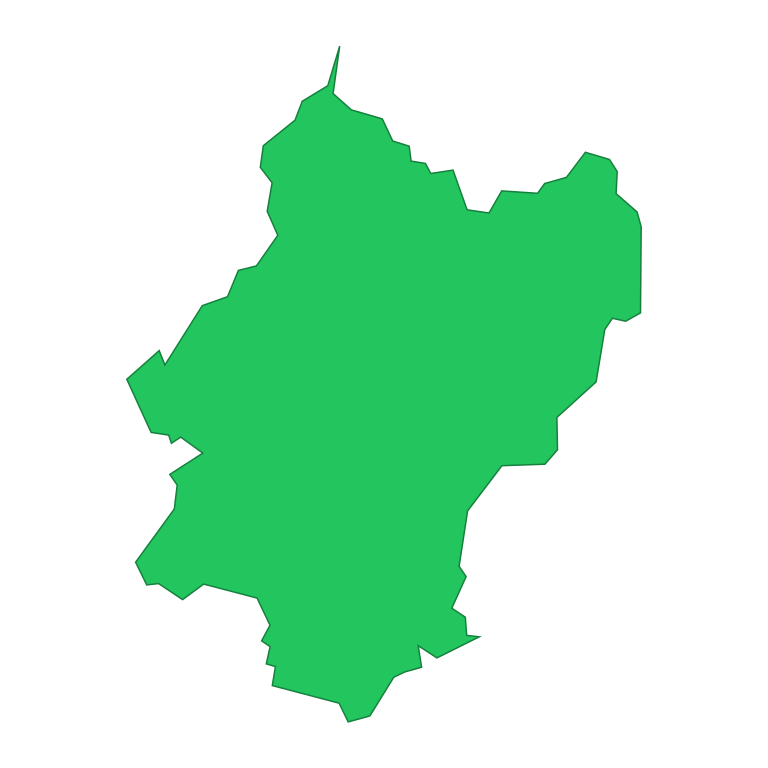 the district of Bosilovo, Bosilovo, North Macedonia
{"feature_id": "65306769B43786994605209", "entity_name": "Bosilovo", "entity_type": "district", "adm_level": 2, "iso_a3": "MKD", "parent_name": "North Macedonia", "parent_adm1": "Bosilovo", "projection": "orthographic", "projection_center": [22.779, 41.481], "detail": "fine", "context": "isolated", "style": "filled", "palette": "green", "viewbox_px": 768, "rotation_deg": 0, "n_neighbors": 0, "source": "geoboundaries", "source_scale": "gbopen_adm2", "svg_char_len": 1112}
<svg xmlns="http://www.w3.org/2000/svg" viewBox="0 0 768 768"><path d="M339.7,46.1L327.8,85.7L302.3,101.2L295.0,120.2L263.3,145.7L260.3,167.4L272.1,182.7L267.2,211.3L277.8,235.3L256.4,265.9L238.4,270.4L227.5,296.7L202.3,305.6L164.9,365.0L159.2,350.6L126.8,379.3L151.1,432.4L168.7,435.1L171.4,443.3L180.7,437.1L202.8,453.1L169.8,474.4L177.2,485.1L174.3,509.0L135.6,562.2L146.7,584.9L158.6,583.6L182.6,599.6L203.6,584.1L257.1,598.1L270.0,625.2L261.6,640.9L270.1,646.6L266.3,663.9L275.4,666.6L272.3,685.6L339.1,703.2L348.2,721.9L369.9,715.9L393.8,677.2L404.6,672.0L421.6,667.2L418.2,645.7L436.9,657.9L479.3,636.8L466.7,635.4L465.3,617.2L451.8,608.2L466.1,576.6L459.1,566.3L467.6,510.9L501.9,465.7L544.9,464.2L557.5,449.8L556.9,417.4L596.1,381.9L604.8,329.5L612.4,318.3L625.7,321.2L640.5,312.9L641.2,226.9L637.1,212.0L616.1,193.7L617.2,171.6L609.5,159.5L585.4,152.3L566.4,177.4L544.7,183.5L537.6,193.3L501.7,190.9L489.0,213.0L467.1,209.8L453.0,170.1L430.8,173.5L425.4,163.4L411.1,161.1L409.2,146.2L392.7,141.0L382.3,118.9L351.4,109.9L333.1,93.6L339.7,46.1Z" fill="#22c55e" stroke="#15803d" stroke-width="1.5"/></svg>